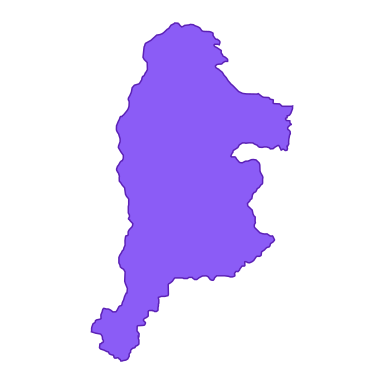 Hojancha, Guanacaste, Costa Rica (Natural Earth projection)
{"feature_id": "36466004B12403637236294", "entity_name": "Hojancha", "entity_type": "district", "adm_level": 2, "iso_a3": "CRI", "parent_name": "Costa Rica", "parent_adm1": "Guanacaste", "projection": "natural_earth1", "projection_center": [-85.409, 9.974], "detail": "fine", "context": "isolated", "style": "filled", "palette": "violet", "viewbox_px": 384, "rotation_deg": 0, "n_neighbors": 0, "source": "geoboundaries", "source_scale": "gbopen_adm2", "svg_char_len": 6011}
<svg xmlns="http://www.w3.org/2000/svg" viewBox="0 0 384 384"><path d="M126.9,293.0L126.2,293.1L124.6,296.5L123.6,300.0L122.4,302.4L121.8,305.0L121.4,305.5L119.7,306.0L118.9,306.7L117.0,310.4L115.9,311.8L112.9,311.9L110.8,310.2L109.3,309.4L108.2,309.0L106.3,309.0L104.3,308.4L103.5,308.4L102.7,309.6L102.1,312.0L100.9,314.9L101.0,318.6L100.0,319.2L96.8,319.8L95.5,320.6L95.2,322.0L94.8,322.7L93.2,323.6L92.9,324.1L91.8,327.2L91.6,328.5L91.6,330.8L91.4,331.8L95.8,333.2L100.3,334.0L101.0,334.4L102.3,336.5L102.5,339.1L103.4,340.6L103.4,341.6L103.0,342.3L102.0,342.5L101.5,343.5L100.3,343.7L99.9,344.0L99.5,347.7L100.1,348.6L100.8,349.1L104.2,350.2L106.7,351.5L108.3,351.9L109.4,353.9L110.9,354.6L113.3,355.2L113.6,355.6L114.1,357.5L114.8,358.1L116.2,358.1L117.3,357.7L118.5,358.0L119.1,358.9L120.2,359.5L120.8,361.0L122.0,361.0L123.0,360.6L125.8,360.1L127.7,359.0L129.2,356.2L129.1,354.5L129.3,353.7L130.7,352.1L130.5,351.0L130.9,349.9L132.7,348.2L134.1,348.0L134.6,347.5L135.0,347.5L135.7,346.2L137.6,345.3L138.9,344.0L138.9,340.0L138.4,338.8L138.3,336.9L138.5,337.1L138.9,336.9L139.1,333.7L137.0,330.9L137.2,326.2L138.0,325.7L143.1,325.4L144.2,325.2L144.8,324.7L145.4,323.4L145.4,322.5L143.5,320.6L143.5,319.6L144.4,318.5L146.5,317.5L148.0,316.3L148.2,315.9L148.2,311.4L148.7,310.8L149.5,310.5L152.6,310.5L152.8,310.8L153.6,310.8L154.6,311.5L156.3,311.5L157.6,310.7L158.0,310.1L158.0,307.6L158.4,305.9L158.4,304.0L158.8,303.2L158.8,299.7L158.4,298.4L158.4,297.4L161.3,296.4L164.8,296.4L168.0,295.6L168.4,294.4L168.2,284.6L168.7,283.8L170.5,282.8L172.4,281.2L174.4,278.3L175.1,277.9L181.5,277.9L182.8,278.0L183.8,278.5L187.4,278.5L188.9,277.4L192.2,277.4L192.8,278.2L194.6,279.5L196.8,279.5L199.1,277.7L202.4,276.0L206.2,275.8L208.0,276.6L210.3,279.6L211.8,280.2L212.9,280.3L213.4,280.1L214.1,279.2L214.6,277.8L216.7,275.8L224.7,275.8L228.5,276.3L230.2,276.9L232.4,276.9L234.0,276.4L234.8,275.9L234.9,274.9L234.5,274.2L234.5,273.6L235.5,271.9L236.1,271.4L238.0,271.6L239.5,270.0L239.9,268.9L242.0,266.1L244.5,266.0L244.9,265.5L244.7,262.1L244.9,261.7L246.1,261.7L248.0,262.7L249.6,262.8L251.9,261.8L253.7,260.5L256.0,257.1L256.9,256.3L259.7,256.3L261.0,255.5L261.2,255.0L261.5,252.2L261.9,251.6L264.5,249.9L265.8,248.4L266.9,247.5L269.1,246.9L269.9,245.9L270.5,243.6L273.0,242.0L274.4,240.3L274.5,239.8L272.9,236.4L272.4,235.9L270.9,236.1L269.9,235.8L267.1,233.9L264.7,234.0L262.6,233.7L259.9,232.8L254.6,227.5L254.3,226.7L254.3,225.1L254.5,224.3L255.4,222.8L255.1,221.1L255.2,217.0L253.9,215.8L253.0,213.9L252.2,210.1L248.0,206.1L247.7,205.6L247.5,203.4L249.9,200.8L250.3,199.7L251.8,198.7L252.6,194.2L253.0,194.0L254.1,192.4L254.8,192.3L255.9,191.5L257.3,188.6L259.1,187.5L261.0,184.8L262.1,184.1L262.6,183.1L262.6,178.8L262.9,177.8L262.6,176.3L260.6,172.7L260.0,171.0L259.8,165.0L259.4,163.5L259.0,162.8L256.0,159.9L253.2,159.5L251.3,159.7L248.1,161.1L245.4,161.2L242.3,162.8L240.0,162.6L239.1,162.0L236.7,159.2L235.5,157.2L234.8,156.9L231.6,156.9L231.0,156.5L231.0,155.7L232.2,153.0L232.8,152.6L232.9,151.5L233.4,150.4L237.8,147.6L239.3,144.9L242.5,142.9L244.6,142.9L245.8,143.2L249.1,142.8L252.8,142.9L254.4,144.0L257.2,145.2L258.4,146.6L259.5,147.2L262.1,147.4L264.3,146.9L266.5,146.9L269.4,147.8L270.3,148.9L273.1,148.7L274.9,147.2L277.8,145.5L278.5,145.5L279.2,146.1L281.2,150.1L283.0,149.1L284.0,149.5L285.2,150.5L286.9,150.3L287.5,148.8L287.0,146.3L287.5,146.3L288.8,143.9L288.6,142.7L288.8,139.3L289.6,135.1L290.3,133.8L290.1,131.5L289.3,130.4L288.0,129.5L287.7,128.9L287.7,127.7L288.3,126.7L290.5,124.7L291.8,124.4L291.1,124.2L290.0,123.0L289.8,120.8L286.5,120.5L285.6,119.3L285.6,118.3L287.1,117.7L287.2,115.8L288.6,115.6L289.6,115.0L290.8,113.3L292.5,108.8L292.6,106.0L291.6,106.3L282.2,106.3L279.6,103.9L273.9,103.6L273.1,103.0L273.3,100.0L273.0,99.7L270.1,99.2L269.5,98.1L268.4,97.5L263.7,97.3L262.2,96.7L258.2,93.6L257.2,94.1L246.4,93.9L242.6,93.4L238.7,91.6L232.4,85.2L231.3,84.4L228.1,80.7L226.2,77.6L224.0,75.2L222.3,72.3L218.8,69.5L218.6,69.1L218.2,69.1L216.0,67.7L215.5,66.8L215.4,66.0L216.7,64.6L218.9,64.1L221.1,64.1L221.9,63.8L223.3,62.4L225.1,61.4L227.6,61.4L227.7,60.0L227.4,59.1L225.4,57.3L223.2,56.2L222.7,55.6L222.5,54.8L221.2,53.0L221.2,50.5L216.7,47.5L215.0,46.7L214.1,45.7L214.1,44.8L214.6,44.3L218.0,44.3L219.2,44.8L219.9,42.8L219.9,41.8L219.5,41.0L217.4,39.3L216.1,39.3L215.1,38.5L213.1,35.6L213.0,33.2L212.8,33.0L211.4,32.2L209.5,31.6L203.5,31.4L201.9,30.8L199.8,27.9L197.7,26.7L194.9,25.7L193.3,24.7L190.3,24.4L189.1,24.9L184.6,25.4L183.0,26.5L181.6,26.9L179.8,25.3L179.2,24.2L178.1,23.6L178.0,23.2L174.7,23.0L174.0,23.7L171.0,25.2L168.8,28.4L167.1,29.4L164.1,32.3L162.1,33.8L161.2,34.0L160.5,34.5L156.7,35.1L151.0,40.3L145.6,43.3L145.0,44.3L144.9,45.2L144.1,47.0L143.0,57.3L144.2,59.5L147.2,62.5L147.4,69.6L146.2,71.9L145.4,72.8L145.4,73.3L145.1,73.5L144.2,75.5L143.0,76.5L142.6,76.5L142.0,78.0L141.7,79.8L139.8,82.9L138.9,83.9L134.4,85.2L132.2,87.7L131.3,92.3L129.8,95.7L128.5,97.9L128.3,98.8L128.3,99.8L129.0,101.0L129.2,102.4L129.0,106.3L128.3,108.5L127.3,110.3L123.6,114.9L122.5,115.7L122.0,116.5L120.7,116.5L120.1,117.1L119.4,119.3L118.3,121.4L116.5,125.8L116.4,129.2L116.6,130.6L117.7,132.7L118.6,133.9L120.1,138.8L120.1,141.7L118.5,146.1L118.4,147.6L120.9,151.9L123.3,155.2L123.3,157.7L123.1,159.0L122.2,160.7L121.4,160.9L120.2,162.1L118.4,165.3L117.5,166.3L116.6,168.9L116.6,169.9L116.9,170.8L117.5,171.4L117.5,171.9L118.5,173.2L119.4,176.2L119.2,177.6L119.3,181.1L120.9,183.0L122.3,185.2L124.6,187.8L125.5,194.3L126.6,196.4L128.3,198.4L128.7,199.2L128.7,204.7L128.3,206.5L128.3,212.9L129.4,215.0L129.4,216.5L129.4,217.0L128.5,218.3L128.6,219.2L129.8,220.0L129.8,220.4L132.8,223.6L132.6,225.4L132.1,226.7L129.4,229.5L128.3,231.3L128.1,232.4L128.2,234.8L127.3,235.6L126.0,235.8L125.5,236.8L125.0,240.5L125.1,245.2L123.9,247.9L123.5,249.7L122.2,251.0L121.5,252.6L119.8,255.2L118.9,257.5L118.9,262.9L120.0,265.2L120.3,266.9L121.6,268.1L123.6,269.3L125.1,271.9L124.7,281.2L125.4,283.6L127.4,288.5L126.9,293.0Z" fill="#8b5cf6" stroke="#5b21b6" stroke-width="1.5"/></svg>